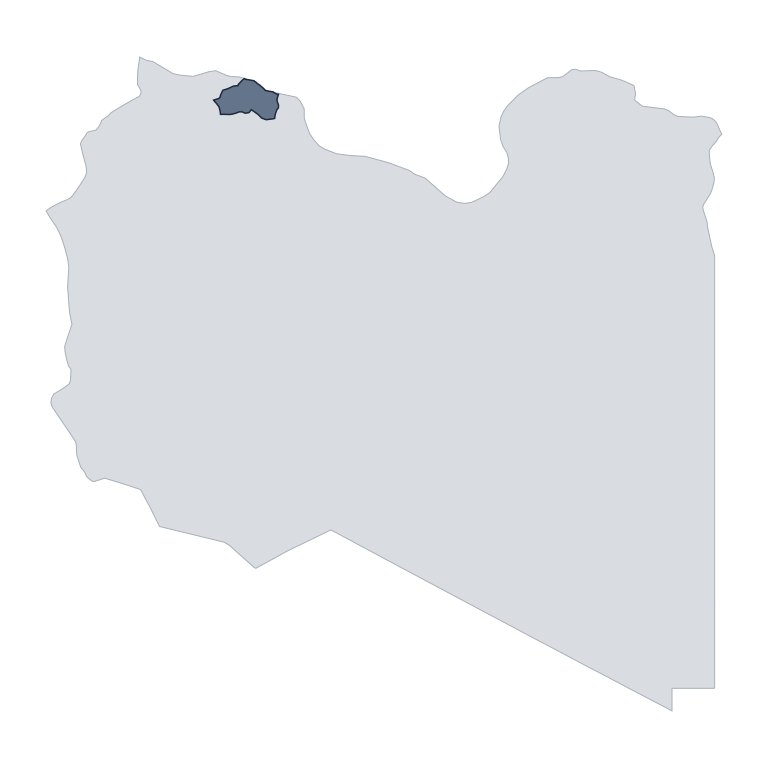 Libya, with Al Marqab highlighted
{"feature_id": "LBY-2966", "entity_name": "Al Marqab", "entity_type": "Municipality", "adm_level": 1, "iso_a3": "LBY", "parent_name": "Libya", "parent_adm1": "", "projection": "mercator", "projection_center": [14.087, 32.352], "detail": "fine", "context": "in_parent", "style": "filled", "palette": "slate", "viewbox_px": 768, "rotation_deg": 0, "n_neighbors": 0, "source": "natural_earth", "source_scale": "10m", "svg_char_len": 3831}
<svg xmlns="http://www.w3.org/2000/svg" viewBox="0 0 768 768"><path d="M55.0,205.2L60.1,202.6L67.3,199.6L71.0,197.4L72.6,195.5L78.1,187.8L80.9,183.6L84.7,177.7L86.4,173.7L86.5,169.9L85.9,165.4L82.9,154.5L80.4,143.8L82.3,139.7L83.9,137.8L87.2,132.7L88.6,131.8L95.8,130.2L98.7,126.8L100.9,122.7L101.5,120.5L104.6,118.2L108.4,115.9L110.8,112.9L118.4,108.2L125.4,104.0L133.4,99.5L139.7,96.1L141.0,93.0L140.9,90.4L137.5,84.5L137.5,77.4L137.8,71.6L138.1,68.1L139.6,58.4L139.7,57.1L146.2,60.3L152.9,61.6L172.8,73.5L179.1,75.0L193.0,76.4L209.4,71.6L215.6,70.7L226.4,75.3L231.1,76.6L239.1,76.9L252.8,81.1L256.3,82.5L264.3,89.2L268.1,91.1L296.4,97.2L300.2,101.2L304.2,108.9L304.3,118.4L306.5,125.3L310.0,134.2L314.3,140.5L319.0,145.7L324.3,149.0L336.8,153.8L350.7,155.6L364.9,156.3L389.1,162.9L409.6,170.6L414.7,174.3L425.0,178.0L445.4,196.0L456.8,202.2L464.8,203.4L471.9,202.3L484.7,196.1L489.9,192.4L502.7,176.9L506.9,168.8L508.6,163.1L508.2,157.2L506.6,152.0L503.0,146.5L500.5,139.2L499.0,126.1L501.0,117.0L503.5,111.5L507.4,105.9L518.0,95.2L528.7,87.6L547.5,77.7L558.4,77.6L563.0,76.5L572.0,69.5L575.6,69.3L580.7,71.0L595.5,70.5L602.0,72.4L609.8,76.8L619.7,79.5L626.6,82.2L634.0,85.7L635.7,94.3L634.9,96.9L634.7,100.2L642.4,106.2L664.2,108.9L668.5,110.5L674.5,115.1L678.4,116.5L693.3,117.1L702.0,116.1L710.3,117.7L713.4,119.3L716.6,122.8L720.4,131.4L721.9,134.2L720.3,135.7L717.9,138.6L716.5,141.3L712.5,145.6L709.2,150.3L709.5,157.0L710.3,163.9L712.5,170.6L714.4,178.1L713.9,182.9L712.2,188.9L710.3,193.9L703.8,204.1L702.8,206.6L703.2,210.0L707.1,222.1L707.4,225.9L709.8,237.6L711.9,247.1L714.3,254.6L714.7,256.6L714.7,267.6L714.7,278.5L714.7,289.4L714.7,300.3L714.7,311.2L714.7,322.0L714.7,332.9L714.7,343.7L714.7,354.5L714.7,365.2L714.7,375.9L714.7,386.7L714.7,397.4L714.7,408.0L714.7,418.7L714.7,429.3L714.7,439.9L714.7,450.5L714.7,461.1L714.7,471.7L714.7,482.2L714.7,492.7L714.7,503.2L714.7,513.7L714.7,524.1L714.7,534.6L714.7,545.0L714.7,555.4L714.7,565.8L714.7,576.2L714.7,586.6L714.7,596.9L714.6,619.8L714.6,642.6L714.6,665.3L714.6,688.0L714.4,688.2L714.2,688.2L714.1,688.3L703.6,688.3L693.0,688.3L682.5,688.3L672.0,688.3L672.0,694.0L672.0,699.6L672.0,705.3L672.0,710.9L651.6,700.2L631.1,689.5L610.7,678.7L590.2,668.0L569.8,657.2L549.4,646.4L528.9,635.6L508.5,624.7L488.0,613.9L467.6,603.0L447.1,592.1L426.7,581.2L406.3,570.3L385.8,559.4L365.4,548.4L344.9,537.4L330.8,529.9L315.6,537.3L303.7,543.1L287.9,550.7L269.9,560.6L256.0,568.2L255.4,568.1L254.7,567.9L240.3,555.1L229.0,545.0L224.0,542.2L202.8,537.0L181.7,531.9L159.5,526.5L155.4,518.2L150.9,509.0L144.8,497.5L141.1,490.4L139.8,489.3L122.8,483.7L104.8,478.2L94.2,481.5L92.4,481.3L89.4,479.2L86.4,476.3L84.8,472.3L80.6,467.0L76.7,454.7L76.3,444.9L75.5,441.5L66.2,427.6L57.6,415.0L52.0,406.6L50.9,402.8L51.5,398.2L53.8,394.0L62.1,389.0L69.5,383.6L70.5,379.8L71.0,369.4L68.6,366.2L66.8,360.0L65.0,351.6L64.7,346.3L68.1,335.6L71.9,324.4L69.5,312.0L67.6,286.9L68.8,267.1L67.9,259.9L67.2,256.9L64.7,247.5L61.5,237.8L60.2,234.4L56.1,226.5L49.5,216.8L46.1,210.8L50.8,207.6L55.0,205.2Z" fill="#d9dde1" stroke="#a8b0b8" stroke-width="1"/><path d="M244.2,78.6L245.8,79.3L253.7,80.7L254.1,80.8L254.9,81.6L255.1,81.7L255.8,82.0L257.4,83.6L259.7,85.1L263.4,88.3L265.3,90.4L266.2,90.7L273.1,91.9L273.8,92.3L274.5,92.9L276.3,93.9L277.2,94.2L278.4,94.2L278.4,94.8L277.9,96.0L277.0,99.5L277.4,102.1L278.5,104.9L278.4,107.9L276.7,110.0L275.3,114.1L274.6,118.5L271.8,119.0L266.2,119.7L261.7,118.1L258.3,114.6L251.4,109.7L249.0,112.6L245.8,113.2L244.5,113.0L241.9,111.8L239.1,111.9L236.7,112.9L232.4,114.1L229.8,114.5L223.1,114.3L220.5,114.4L220.2,111.4L219.0,106.8L216.3,103.3L214.2,100.9L213.6,100.1L218.5,98.6L219.9,97.6L220.6,95.0L222.8,90.3L225.9,89.3L228.0,88.6L233.5,86.1L234.2,86.0L238.0,85.6L238.2,84.6L241.5,81.0L244.2,78.6Z" fill="#64748b" stroke="#1e293b" stroke-width="1.5"/></svg>